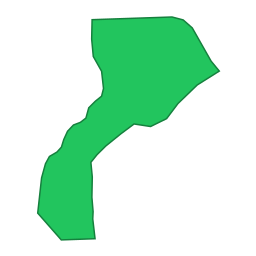 outline of Mpigi, rotated 178°
{"feature_id": "UGA-3078", "entity_name": "Mpigi", "entity_type": "District", "adm_level": 1, "iso_a3": "UGA", "parent_name": "Uganda", "parent_adm1": "", "projection": "natural_earth1", "projection_center": [32.214, 0.138], "detail": "fine", "context": "isolated", "style": "filled", "palette": "green", "viewbox_px": 256, "rotation_deg": 178, "n_neighbors": 0, "source": "natural_earth", "source_scale": "10m", "svg_char_len": 632}
<svg xmlns="http://www.w3.org/2000/svg" viewBox="0 0 256 256"><g transform="rotate(178 128 128)"><path d="M165.4,80.3L166.5,60.1L165.8,45.6L166.4,38.3L164.8,18.5L198.6,18.5L221.2,46.1L216.1,81.2L211.7,95.2L207.5,102.3L199.9,106.4L195.2,111.2L192.6,118.7L188.5,126.9L182.4,132.9L175.4,135.3L169.7,139.4L166.5,149.6L159.6,156.0L153.3,160.7L151.1,168.3L152.4,185.6L160.2,200.7L161.2,218.1L160.1,237.5L80.1,237.4L69.1,234.1L60.3,225.8L42.6,191.9L34.8,181.7L57.3,168.6L77.2,150.7L89.1,136.0L105.4,128.7L121.8,131.8L135.4,122.4L150.8,110.8L159.9,102.4L166.3,95.0L165.4,80.3Z" fill="#22c55e" stroke="#15803d" stroke-width="1.5"/></g></svg>